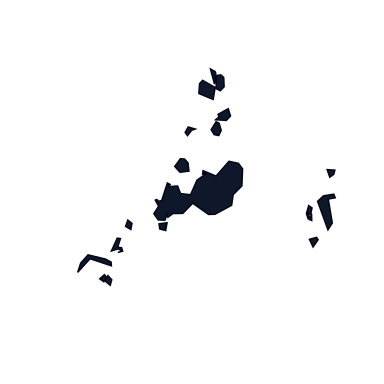 Sulu, Sulu, Philippines (Natural Earth projection), rotated 154°
{"feature_id": "2640588B7308386302326", "entity_name": "Sulu", "entity_type": "district", "adm_level": 2, "iso_a3": "PHL", "parent_name": "Philippines", "parent_adm1": "Sulu", "projection": "natural_earth1", "projection_center": [120.931, 5.941], "detail": "medium", "context": "isolated", "style": "filled", "palette": "ink", "viewbox_px": 384, "rotation_deg": 154, "n_neighbors": 0, "source": "geoboundaries", "source_scale": "gbopen_adm2", "svg_char_len": 1931}
<svg xmlns="http://www.w3.org/2000/svg" viewBox="0 0 384 384"><g transform="rotate(154 192 192)"><path d="M210.4,207.0L208.8,209.0L207.9,207.7L210.2,210.9L222.9,197.7L226.9,198.4L226.3,199.5L227.3,200.9L228.6,200.8L228.2,193.9L235.8,189.2L234.6,181.7L228.6,178.5L224.2,183.0L224.7,179.8L218.6,181.0L209.6,176.8L196.3,181.6L187.0,164.6L181.1,161.9L162.2,162.7L156.2,171.5L144.5,175.6L136.4,190.6L137.7,197.4L145.3,203.4L163.4,195.8L172.7,206.3L174.6,203.4L171.9,203.2L171.7,202.1L182.3,200.5L194.5,190.2L203.0,195.6L202.3,203.7L210.4,207.0ZM86.4,98.4L79.5,102.6L72.6,125.9L65.8,124.0L65.5,127.9L75.4,130.9L83.2,128.6L86.4,98.4ZM132.4,265.9L125.4,275.8L133.5,287.7L137.7,286.1L142.7,277.5L132.4,265.9ZM185.6,212.1L182.8,219.9L184.2,224.9L187.9,227.0L196.3,222.5L194.1,215.0L185.6,212.1ZM296.8,161.0L295.4,164.5L299.2,169.7L313.0,181.1L323.2,176.9L330.0,169.9L312.9,176.7L296.8,161.0ZM125.0,274.4L122.2,270.6L117.0,272.5L113.3,281.0L114.7,284.6L119.0,286.0L125.0,274.4ZM129.8,241.3L124.1,243.4L122.9,251.0L134.5,250.4L134.9,247.6L139.1,246.6L129.8,241.3ZM143.2,231.0L138.7,234.6L137.5,241.9L139.5,244.6L147.5,239.6L146.9,233.8L143.2,231.0ZM285.2,170.2L280.3,169.2L279.7,172.8L283.0,175.0L276.7,181.5L279.4,183.3L290.3,174.3L283.2,173.2L280.8,169.4L285.2,170.2ZM232.6,168.9L227.9,175.3L235.6,177.9L237.2,172.9L232.6,168.9ZM96.9,113.9L94.0,120.2L95.2,118.2L97.4,117.3L97.1,123.7L95.4,119.5L91.1,125.1L93.1,128.6L98.6,122.5L99.4,117.0L96.9,113.9ZM107.3,89.5L99.6,93.8L99.9,96.6L107.2,98.0L107.3,89.5ZM61.7,144.9L56.9,145.7L54.0,149.0L60.7,152.9L61.7,144.9ZM171.3,244.6L165.4,247.6L161.5,247.2L166.9,252.1L172.0,248.6L171.3,244.6ZM263.4,185.1L259.7,190.1L262.0,194.9L266.8,190.2L263.4,185.1ZM121.5,294.5L124.5,279.1L118.5,288.5L118.4,290.1L121.5,294.5ZM306.4,144.0L302.6,148.3L304.2,153.7L309.1,150.1L306.4,144.0ZM310.6,150.0L306.1,152.7L307.0,156.1L313.0,154.4L310.6,150.0Z" fill="#0f172a" stroke="#020617" stroke-width="1.5"/></g></svg>